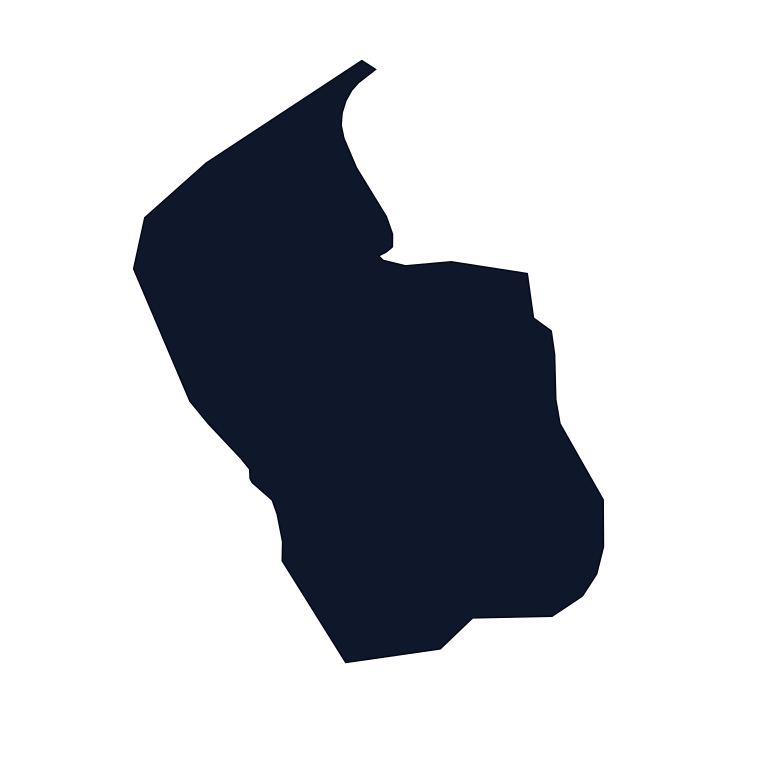 Žalec, Natural Earth projection, rotated 148°
{"feature_id": "SVN-224", "entity_name": "Žalec", "entity_type": "Statistical Region", "adm_level": 1, "iso_a3": "SVN", "parent_name": "Slovenia", "parent_adm1": "", "projection": "natural_earth1", "projection_center": [15.16, 46.26], "detail": "fine", "context": "isolated", "style": "filled", "palette": "ink", "viewbox_px": 768, "rotation_deg": 148, "n_neighbors": 0, "source": "natural_earth", "source_scale": "10m", "svg_char_len": 709}
<svg xmlns="http://www.w3.org/2000/svg" viewBox="0 0 768 768"><g transform="rotate(148 384 384)"><path d="M564.0,168.1L564.0,288.0L553.5,304.1L543.5,330.4L540.3,344.8L548.0,370.2L547.6,374.9L543.0,383.0L544.8,397.2L554.0,443.5L557.7,472.2L535.3,614.3L498.7,651.8L417.6,665.6L231.4,670.0L224.5,655.3L246.0,653.1L255.8,650.2L266.3,644.4L275.9,636.1L283.2,626.2L287.8,613.7L292.8,582.1L293.3,524.8L297.4,506.5L304.2,495.9L312.0,494.8L320.7,495.5L319.3,489.4L303.3,472.9L262.2,452.0L204.0,401.7L222.3,360.7L214.1,340.3L223.7,318.6L246.5,279.9L255.8,257.1L259.5,169.6L284.2,129.6L304.3,110.2L328.0,99.1L364.6,98.0L432.8,138.7L476.7,129.6L564.0,168.1Z" fill="#0f172a" stroke="#020617" stroke-width="1.5"/></g></svg>